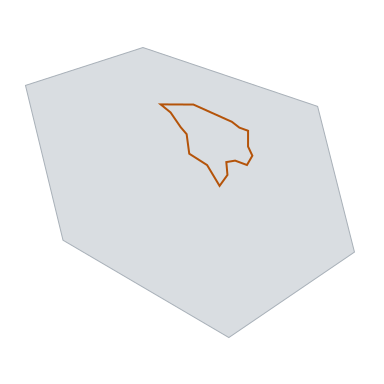 Faetano on a map of San Marino (Equal Earth projection), rotated 265°
{"feature_id": "SMR-4888", "entity_name": "Faetano", "entity_type": "state/province", "adm_level": 1, "iso_a3": "SMR", "parent_name": "San Marino", "parent_adm1": "", "projection": "equal_earth", "projection_center": [12.476, 43.936], "detail": "fine", "context": "in_parent", "style": "outline", "palette": "amber", "viewbox_px": 384, "rotation_deg": 265, "n_neighbors": 0, "source": "natural_earth", "source_scale": "10m", "svg_char_len": 537}
<svg xmlns="http://www.w3.org/2000/svg" viewBox="0 0 384 384"><g transform="rotate(265 192 192)"><path d="M266.3,324.6L118.0,348.6L43.8,216.0L155.2,59.3L312.7,35.4L340.2,155.7L266.3,324.6Z" fill="#d9dde1" stroke="#a8b0b8" stroke-width="1"/><path d="M282.0,168.4L279.0,201.0L260.8,233.6L258.5,237.8L252.0,244.8L248.1,253.2L232.4,251.8L222.9,255.3L214.1,249.1L219.5,237.7L218.8,228.8L205.9,228.8L195.7,220.0L217.5,209.4L230.4,192.6L250.1,191.7L257.5,186.4L273.1,177.6L282.0,168.4Z" fill="none" stroke="#b45309" stroke-width="2"/></g></svg>